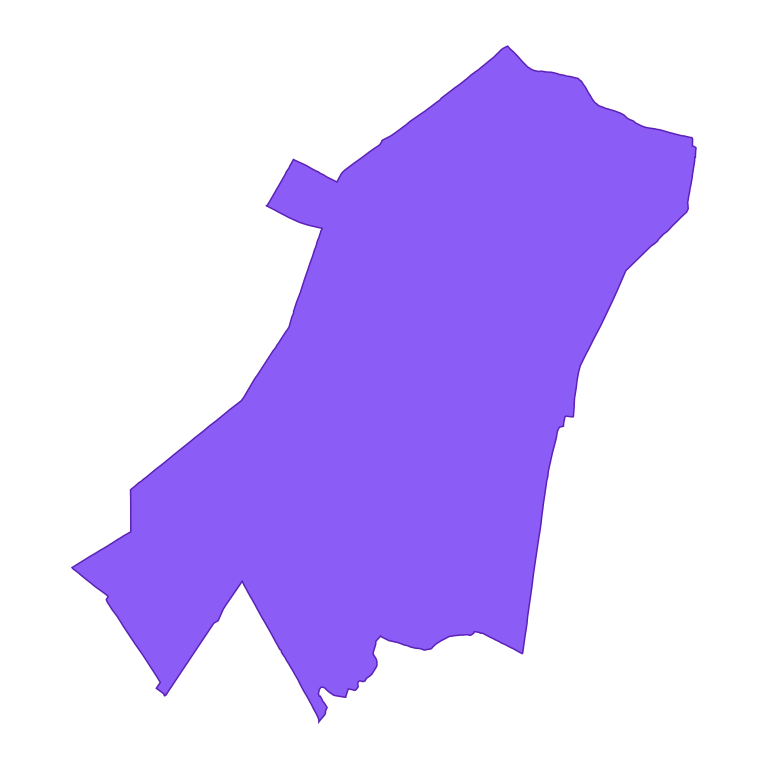 Corlatel, Mehedinti, Romania
{"feature_id": "2599482B35238828278116", "entity_name": "Corlatel", "entity_type": "district", "adm_level": 2, "iso_a3": "ROU", "parent_name": "Romania", "parent_adm1": "Mehedinti", "projection": "orthographic", "projection_center": [22.928, 44.38], "detail": "fine", "context": "isolated", "style": "filled", "palette": "violet", "viewbox_px": 768, "rotation_deg": 0, "n_neighbors": 0, "source": "geoboundaries", "source_scale": "gbopen_adm2", "svg_char_len": 6075}
<svg xmlns="http://www.w3.org/2000/svg" viewBox="0 0 768 768"><path d="M522.2,653.6L522.7,652.9L525.1,635.7L526.2,628.9L527.0,623.3L527.6,616.7L531.9,586.9L532.6,580.9L533.0,577.6L533.9,570.9L538.7,538.5L539.7,532.6L541.0,523.7L542.0,514.5L542.8,508.9L543.3,504.3L546.2,484.9L546.7,480.8L547.7,477.2L548.0,475.0L548.2,472.1L549.0,468.2L552.5,452.5L555.3,442.0L556.3,437.9L557.3,431.7L558.5,428.8L559.6,427.1L563.4,426.3L563.8,422.3L565.1,416.6L565.8,416.1L572.0,416.9L573.4,416.7L574.1,407.6L574.5,398.5L576.2,388.1L577.0,380.9L578.5,372.5L580.3,365.7L586.1,353.9L588.7,349.1L593.5,339.4L600.8,325.5L612.2,301.6L617.4,290.2L625.8,270.7L650.9,246.2L654.5,243.7L657.6,241.0L658.6,239.2L663.5,234.2L667.2,231.4L669.2,229.4L672.4,225.8L677.7,220.7L680.6,217.7L686.7,212.0L687.3,210.5L688.2,208.9L687.9,204.3L687.7,202.8L687.7,202.0L688.2,199.9L688.5,197.4L689.7,191.4L690.2,187.2L690.6,186.4L692.1,178.0L692.4,175.6L692.6,173.8L693.2,170.3L693.7,166.7L694.0,165.3L694.7,160.5L694.7,157.4L695.4,157.4L695.5,154.5L695.7,150.5L695.9,149.3L696.0,147.9L695.8,147.6L694.6,146.8L692.4,145.7L692.6,140.0L692.4,138.3L692.1,137.9L691.7,137.6L691.0,137.5L689.7,137.3L683.8,135.9L682.1,135.8L674.6,133.9L672.1,133.2L669.5,132.6L663.2,130.7L659.5,129.7L657.2,129.4L654.7,128.8L649.4,128.1L646.3,127.5L644.0,126.9L640.9,125.6L636.2,123.3L635.1,122.5L634.2,121.7L633.2,120.9L629.8,119.6L628.3,118.8L627.3,118.2L624.6,115.6L623.8,114.9L620.4,113.1L614.2,110.8L609.7,109.5L608.5,109.1L605.7,108.4L602.9,107.2L599.0,105.8L598.3,105.4L597.7,104.7L594.8,102.5L592.4,99.3L590.0,95.1L588.4,92.8L586.1,88.4L584.8,86.3L583.4,84.5L581.7,81.6L581.0,80.9L579.1,79.7L578.7,79.1L578.3,78.5L569.6,76.4L566.9,76.2L564.6,75.4L558.8,74.3L556.8,73.5L551.2,72.2L549.5,72.2L545.5,71.9L542.0,71.2L540.3,71.2L539.1,71.5L535.2,70.8L534.1,70.4L532.6,70.0L530.2,68.6L527.5,66.8L522.1,61.3L517.4,55.9L513.5,51.9L509.9,48.7L507.6,46.1L503.4,48.2L501.4,49.6L498.3,52.7L497.1,53.8L494.3,56.7L480.2,68.2L478.7,69.6L476.1,71.3L471.6,74.6L466.5,79.0L459.4,84.6L454.4,88.1L441.4,98.1L439.9,100.0L437.2,101.9L424.5,111.5L422.0,113.1L409.9,121.5L406.2,124.7L396.1,132.2L390.9,135.8L382.2,140.3L381.9,140.7L381.5,142.0L380.0,144.3L378.8,145.5L374.0,148.6L369.1,152.1L361.6,157.8L353.2,163.8L344.5,170.4L342.4,172.4L341.0,174.3L338.4,179.1L337.1,181.9L334.3,180.7L329.0,178.0L327.4,177.3L324.4,175.4L322.8,174.5L320.1,173.2L318.0,171.7L316.4,171.1L312.1,168.9L306.3,165.5L302.7,163.8L299.7,162.5L293.4,159.5L290.9,164.2L289.7,166.2L289.4,167.0L289.3,167.5L287.2,170.6L286.6,171.3L285.3,174.2L280.0,183.5L278.8,185.6L277.4,187.9L273.6,194.6L272.6,196.3L269.3,202.0L268.4,203.3L267.6,205.0L266.9,205.5L266.4,205.6L266.4,205.8L275.1,210.2L280.0,212.9L283.7,214.8L289.0,217.6L299.3,222.3L306.4,224.6L309.0,225.3L319.6,227.8L322.1,228.3L321.9,229.3L321.0,230.6L320.3,233.4L320.0,233.9L318.8,237.9L318.1,239.2L317.8,239.9L316.9,242.7L316.4,244.9L315.8,246.8L314.4,250.0L312.7,255.9L310.2,262.6L307.9,269.6L305.0,277.8L301.1,290.0L300.4,292.4L297.6,299.4L296.4,302.7L293.9,310.4L293.6,311.6L293.5,313.3L291.9,316.9L289.3,326.0L289.1,327.1L288.3,328.1L287.4,329.7L285.9,331.5L278.1,343.7L277.2,344.8L275.5,347.8L273.0,350.9L257.0,375.6L254.9,378.4L251.0,385.0L243.6,397.6L241.3,400.7L230.4,409.1L216.3,420.7L210.0,425.5L202.6,431.7L195.0,437.6L191.0,441.0L175.6,453.3L162.5,464.1L156.2,468.9L146.0,477.4L143.4,479.3L141.3,481.2L138.6,482.8L137.4,484.1L130.5,489.8L130.7,498.6L130.8,531.8L124.5,535.3L121.6,537.1L120.3,538.0L118.0,539.3L117.0,540.0L106.7,546.5L102.6,549.0L101.5,549.5L95.5,553.2L90.0,556.4L72.0,567.6L72.5,568.3L73.6,569.3L74.9,570.2L79.5,573.8L79.8,574.2L81.9,575.9L85.9,579.2L89.5,582.0L95.1,586.6L105.1,593.8L107.4,595.7L108.0,596.5L108.2,596.8L106.6,598.9L106.3,599.7L107.1,601.7L112.2,609.8L115.4,614.0L117.8,617.3L124.0,627.3L135.4,644.4L142.9,655.1L145.6,659.3L156.8,676.6L160.3,682.4L156.3,688.3L163.7,693.7L164.2,695.4L164.5,695.8L164.9,695.8L165.8,694.5L166.2,694.8L168.6,690.9L172.4,685.3L179.8,674.1L213.0,624.4L214.1,623.0L218.1,620.7L219.1,618.6L223.3,609.1L226.4,604.3L242.2,581.3L244.3,585.6L246.3,589.1L247.5,591.5L250.5,596.8L252.5,600.2L261.1,616.0L265.6,623.7L266.7,625.6L270.9,633.0L275.7,642.0L277.1,644.3L279.8,649.4L280.9,649.9L281.2,650.5L281.2,651.1L281.3,651.8L282.9,654.7L283.3,655.2L284.9,657.3L285.7,658.8L286.4,660.2L288.7,663.8L293.4,671.8L295.0,674.7L298.0,679.8L300.3,684.6L304.0,691.5L307.6,697.5L310.1,702.2L311.7,705.0L313.4,708.6L315.9,713.1L317.8,716.8L318.7,719.4L318.9,720.9L318.9,721.9L320.3,720.0L323.0,716.9L325.1,714.2L325.5,712.5L325.5,711.1L327.1,707.5L324.6,703.4L322.5,700.8L322.2,699.7L320.3,696.2L319.4,696.4L319.0,695.7L318.9,694.7L318.3,693.9L318.8,692.4L319.2,690.1L319.6,689.1L320.6,687.7L321.2,687.2L321.9,687.1L323.7,687.5L324.5,687.8L327.0,690.3L328.0,691.2L330.9,693.4L331.6,693.7L333.1,694.9L334.7,695.5L335.7,695.7L344.0,697.1L345.8,697.2L345.9,696.3L346.3,694.8L348.3,688.9L352.5,689.7L353.9,690.2L355.3,690.3L355.7,690.0L357.8,687.5L358.2,686.5L357.8,684.3L357.9,682.8L358.3,681.8L359.2,681.1L360.3,680.8L361.9,681.4L363.1,681.6L363.9,681.4L364.6,681.0L365.1,680.9L365.7,679.7L366.7,678.2L370.5,675.5L372.0,674.0L376.4,666.9L376.9,665.5L376.9,664.4L377.0,662.2L376.7,660.7L376.5,659.8L376.3,659.3L375.6,658.0L373.8,655.2L373.4,654.5L373.2,653.6L373.2,652.5L375.7,644.4L375.8,643.4L375.8,641.7L376.0,641.2L376.2,640.9L379.3,637.6L380.6,636.0L381.9,637.1L388.9,640.6L398.1,642.6L404.0,644.9L407.8,645.8L410.2,646.9L411.4,647.2L415.5,648.2L419.3,648.5L421.1,648.9L424.2,650.1L425.1,650.0L428.7,649.2L430.1,649.1L431.2,648.7L432.6,647.4L433.2,646.5L434.1,645.8L435.6,644.3L440.3,641.2L448.8,636.7L450.1,636.3L452.9,636.0L454.1,635.7L461.4,635.0L462.8,635.1L463.8,635.0L464.8,634.8L467.8,634.7L469.4,635.3L470.5,635.2L471.1,635.0L471.8,634.5L472.2,634.4L472.6,633.9L473.5,633.3L473.9,632.9L473.9,632.5L474.3,631.7L477.0,632.0L479.1,632.5L480.7,633.2L482.1,633.1L482.8,633.3L490.3,637.3L492.4,638.2L496.3,640.3L498.3,641.1L501.8,643.2L502.8,643.5L506.3,645.2L510.4,647.4L513.1,648.6L519.0,652.0L522.2,653.6Z" fill="#8b5cf6" stroke="#5b21b6" stroke-width="1.5"/></svg>